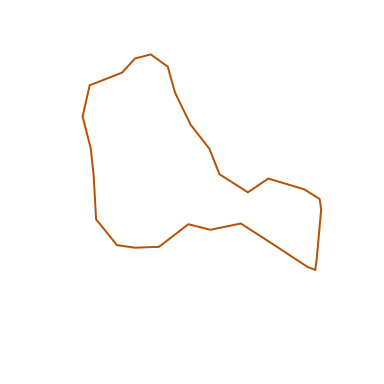 the district of Åstorp, Skåne, Sweden, rotated 216°
{"feature_id": "70781695B3781926649981", "entity_name": "Åstorp", "entity_type": "district", "adm_level": 2, "iso_a3": "SWE", "parent_name": "Sweden", "parent_adm1": "Skåne", "projection": "orthographic", "projection_center": [13.009, 56.163], "detail": "fine", "context": "isolated", "style": "outline", "palette": "amber", "viewbox_px": 384, "rotation_deg": 216, "n_neighbors": 0, "source": "geoboundaries", "source_scale": "gbopen_adm2", "svg_char_len": 531}
<svg xmlns="http://www.w3.org/2000/svg" viewBox="0 0 384 384"><g transform="rotate(216 192 192)"><path d="M84.6,261.3L102.5,260.2L138.2,247.7L146.6,224.6L180.2,222.5L203.3,237.2L232.6,245.6L264.1,262.4L285.2,279.1L292.5,279.1L306.2,279.1L309.8,274.7L316.6,266.5L318.7,247.6L337.5,218.2L324.9,188.8L299.7,167.9L280.8,147.0L253.5,113.5L221.4,104.9L205.3,113.5L186.5,128.2L176.0,163.8L155.0,172.2L134.0,195.2L96.3,197.3L54.3,199.3L46.5,201.4L52.2,211.9L77.3,253.9L84.6,261.3Z" fill="none" stroke="#b45309" stroke-width="2"/></g></svg>